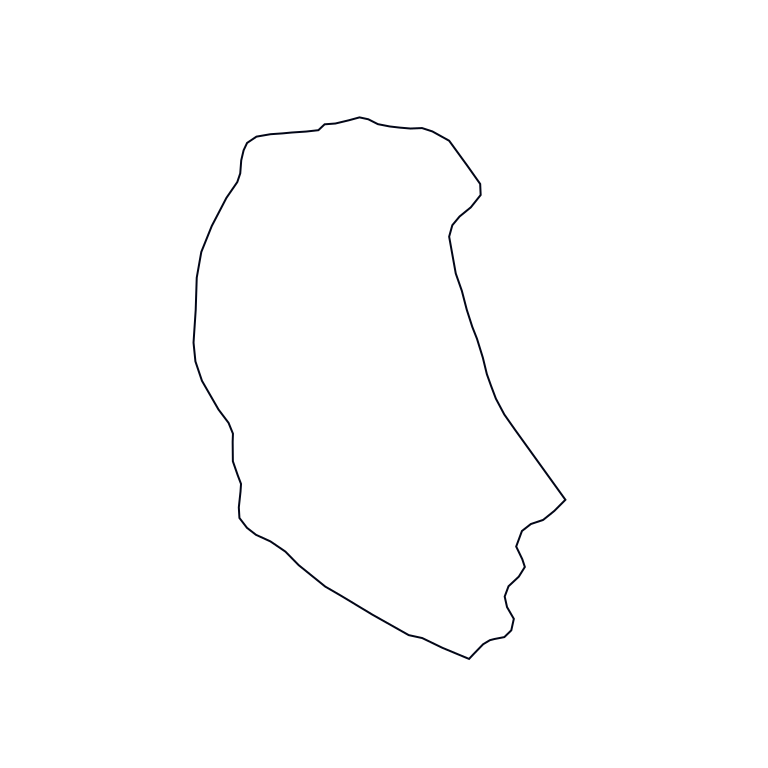 Djouori-Agnili, Haut-Ogooué, Gabon, rotated 144°
{"feature_id": "22940354B21948278538135", "entity_name": "Djouori-Agnili", "entity_type": "district", "adm_level": 2, "iso_a3": "GAB", "parent_name": "Gabon", "parent_adm1": "Haut-Ogooué", "projection": "orthographic", "projection_center": [13.959, -1.472], "detail": "fine", "context": "isolated", "style": "outline", "palette": "ink", "viewbox_px": 768, "rotation_deg": 144, "n_neighbors": 0, "source": "geoboundaries", "source_scale": "gbopen_adm2", "svg_char_len": 1270}
<svg xmlns="http://www.w3.org/2000/svg" viewBox="0 0 768 768"><g transform="rotate(144 384 384)"><path d="M476.8,111.6L470.5,112.8L456.7,115.2L448.9,114.5L444.6,112.8L435.4,108.5L425.8,109.9L417.0,117.7L415.6,131.2L411.3,141.1L402.1,147.2L388.2,148.9L377.6,153.2L375.1,161.0L372.6,174.8L358.8,184.0L347.5,184.4L335.1,180.5L320.9,181.2L305.3,183.7L304.9,269.8L304.6,288.6L302.1,306.4L298.5,319.5L295.0,331.5L288.6,347.1L282.2,365.9L279.0,378.3L273.4,395.4L266.3,413.5L261.0,431.2L244.7,464.9L235.4,472.3L224.4,475.1L209.9,475.9L194.7,480.1L188.6,489.3L188.3,511.3L188.3,542.5L196.4,559.9L202.8,568.7L212.4,575.1L220.6,582.2L228.0,589.0L236.2,597.8L241.1,607.4L247.1,614.1L257.4,618.0L270.2,623.3L279.4,629.0L287.9,627.9L298.6,634.0L311.0,641.8L318.8,646.4L329.0,652.8L341.8,659.1L353.1,659.5L360.2,655.6L368.0,648.9L376.5,638.9L384.0,633.6L402.1,627.2L414.1,621.2L430.4,613.1L454.2,598.2L473.0,580.1L492.8,554.6L513.8,529.4L523.3,513.1L529.4,493.6L532.9,460.6L532.6,443.9L535.4,432.6L540.4,426.2L551.7,410.3L556.0,396.1L558.4,387.2L563.4,381.2L574.0,369.5L579.7,360.6L579.4,348.2L576.2,337.2L568.4,323.4L562.3,306.4L559.5,287.6L550.6,254.6L543.2,237.9L529.0,204.3L511.6,166.3L502.4,156.0L491.8,136.2L476.8,111.6Z" fill="none" stroke="#020617" stroke-width="2"/></g></svg>